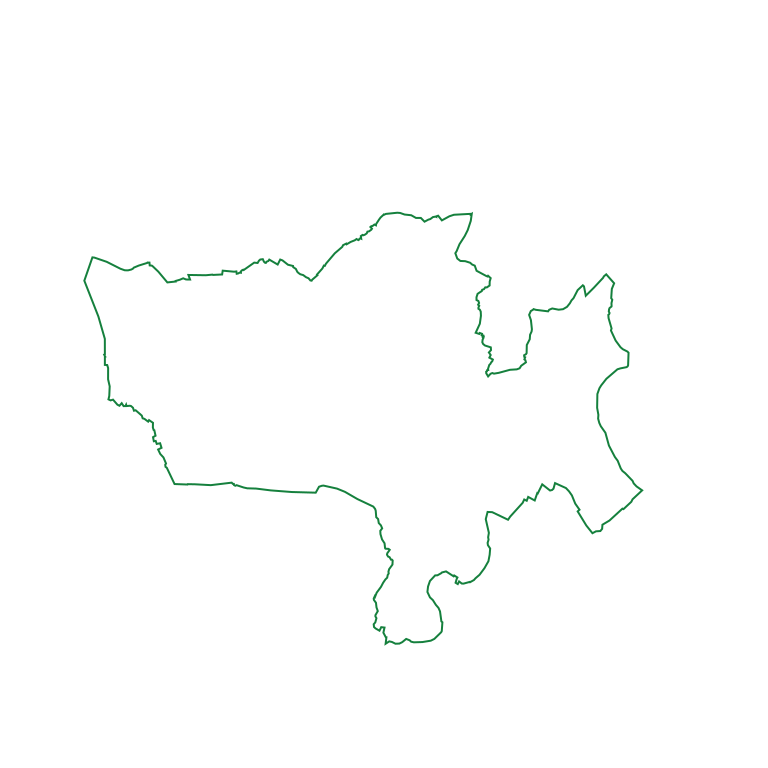 Oude IJsselstreek, Gelderland, Netherlands, rotated 242°
{"feature_id": "6326949B61856453224086", "entity_name": "Oude IJsselstreek", "entity_type": "district", "adm_level": 2, "iso_a3": "NLD", "parent_name": "Netherlands", "parent_adm1": "Gelderland", "projection": "orthographic", "projection_center": [6.392, 51.903], "detail": "fine", "context": "isolated", "style": "outline", "palette": "green", "viewbox_px": 768, "rotation_deg": 242, "n_neighbors": 0, "source": "geoboundaries", "source_scale": "gbopen_adm2", "svg_char_len": 6166}
<svg xmlns="http://www.w3.org/2000/svg" viewBox="0 0 768 768"><g transform="rotate(242 384 384)"><path d="M632.7,186.0L615.9,167.9L577.7,163.5L554.9,158.7L541.3,151.5L541.3,150.7L539.1,150.7L539.2,150.4L531.9,146.5L530.7,148.5L527.6,147.9L517.7,142.6L510.7,140.7L502.4,135.8L499.8,133.5L497.9,134.9L497.4,137.4L490.9,138.9L489.0,140.2L490.2,143.4L486.7,143.7L485.9,145.4L486.8,146.6L485.4,146.3L484.1,149.4L483.3,150.3L480.9,151.2L477.8,150.7L477.4,152.4L469.8,155.3L467.0,154.8L465.7,156.1L461.5,158.1L462.4,159.6L458.2,161.8L454.1,159.5L451.5,159.0L451.0,159.5L445.6,158.0L445.5,155.1L441.5,153.9L440.9,155.7L437.8,155.2L436.8,158.5L432.1,157.6L432.2,153.8L427.2,153.6L422.7,154.8L416.1,154.2L415.4,152.9L413.4,152.2L412.0,152.9L394.0,152.1L387.5,163.3L387.7,163.7L384.2,170.0L376.0,183.6L368.4,203.2L366.8,203.6L366.3,204.5L365.3,204.1L364.5,204.5L363.9,205.1L363.9,206.3L358.5,211.5L356.1,214.3L351.7,222.0L343.2,234.1L331.9,251.9L320.1,272.7L323.8,278.4L323.3,281.4L322.7,282.9L313.7,293.4L307.1,298.9L294.9,306.5L280.8,317.0L277.9,317.5L276.0,317.2L270.0,314.6L267.5,315.4L263.7,314.1L260.6,314.9L257.4,314.6L256.1,311.8L253.1,310.4L247.7,309.3L243.1,309.7L238.6,307.9L237.9,308.0L236.3,310.6L234.9,311.2L233.0,307.4L231.9,306.5L229.7,306.6L228.5,307.6L225.6,307.7L225.1,308.6L224.1,308.8L220.6,306.7L218.1,301.6L216.2,299.8L214.5,299.2L213.6,297.6L211.5,295.9L210.8,293.5L208.9,289.9L206.3,286.1L203.2,279.6L200.4,276.3L201.0,276.3L199.4,274.2L198.0,273.7L194.6,274.2L190.3,272.5L186.4,271.9L183.9,267.9L182.8,267.3L180.8,267.4L177.6,264.4L176.7,262.1L174.1,261.1L172.1,261.8L168.3,264.2L170.6,267.4L168.7,270.1L164.7,266.7L159.5,266.7L159.2,267.2L153.9,263.5L154.3,267.8L152.5,269.9L149.3,272.2L147.6,275.7L147.5,278.9L148.5,283.9L145.7,286.3L143.7,287.0L141.9,289.1L138.1,296.8L135.4,304.8L135.3,308.8L138.0,318.0L138.7,319.0L146.2,323.7L147.4,323.2L156.9,326.7L160.7,327.0L164.7,326.1L170.2,325.7L174.0,324.4L180.0,324.7L184.5,327.8L188.5,332.1L191.0,339.3L190.0,341.4L190.1,345.7L190.4,346.7L189.4,350.8L181.5,355.2L182.0,356.1L178.7,358.0L177.6,356.5L174.9,353.9L172.7,355.2L174.4,357.6L171.3,359.0L170.4,360.5L169.0,366.8L168.6,366.9L168.7,371.4L169.5,373.5L170.7,378.8L174.2,386.2L178.5,393.0L183.6,397.1L188.9,400.5L192.9,400.1L195.1,400.9L197.4,403.2L199.8,404.0L203.3,406.7L216.9,410.4L222.4,415.4L220.0,419.4L205.9,429.8L207.7,433.2L214.0,450.7L216.2,453.6L213.9,455.2L216.6,458.3L210.4,462.4L215.7,468.1L215.2,468.4L221.1,476.6L212.0,480.6L211.5,482.6L212.0,484.5L216.2,488.5L206.7,495.8L202.3,497.0L197.4,497.6L188.6,496.7L181.2,497.6L180.6,495.2L164.1,496.2L154.4,498.0L154.4,502.0L152.6,506.0L153.7,508.6L157.2,510.8L157.6,519.0L162.0,536.0L161.1,536.7L163.9,547.1L165.5,549.3L168.9,562.0L175.0,558.9L179.0,557.8L181.8,558.0L192.0,555.1L195.3,553.7L198.2,553.4L206.5,554.3L211.2,553.6L224.1,553.7L237.0,556.6L244.9,555.6L248.5,555.8L252.9,556.8L256.1,558.8L262.9,561.0L275.0,567.7L279.1,572.2L280.8,575.1L284.2,582.8L287.4,597.0L286.8,600.1L285.0,606.1L285.2,607.4L285.9,608.3L296.8,614.6L298.3,614.2L302.6,611.2L305.4,610.1L313.6,608.9L324.7,609.5L326.2,611.0L336.7,613.2L339.7,614.5L339.9,615.5L340.8,616.5L342.4,616.5L344.3,617.8L345.2,618.9L345.6,621.2L345.9,621.5L348.6,622.8L351.2,625.1L353.1,624.9L361.0,629.8L364.9,634.5L376.5,631.7L375.8,628.6L374.9,627.3L370.5,614.5L367.2,603.6L376.3,606.4L377.8,605.9L376.0,599.1L370.8,591.6L369.8,588.8L368.0,586.0L366.2,581.8L366.0,577.2L367.6,573.1L371.7,568.0L372.0,564.7L371.1,563.0L378.2,552.9L379.9,551.2L379.6,550.4L379.5,547.9L376.9,544.6L371.4,543.7L362.9,540.3L361.0,538.9L358.9,536.1L355.1,533.7L351.4,528.4L344.3,524.4L343.7,523.4L343.6,521.2L342.1,520.6L341.3,521.2L339.8,519.5L338.6,520.0L336.5,519.5L335.7,513.7L334.2,511.1L334.6,508.1L337.4,501.9L340.0,490.5L341.5,486.0L342.8,484.8L343.0,482.9L341.8,479.5L345.5,479.3L346.9,480.0L346.9,480.8L347.8,481.6L347.4,482.6L348.6,483.0L351.4,485.9L351.8,487.3L352.9,489.0L353.2,490.2L354.5,491.6L357.8,489.4L359.5,491.8L362.6,491.4L363.7,494.4L366.2,495.5L370.6,491.2L372.8,490.3L374.7,490.4L377.0,492.0L377.7,493.1L379.1,493.1L378.9,494.3L380.1,494.6L381.3,493.2L382.3,494.1L384.1,492.5L383.5,491.6L386.2,489.0L392.2,496.9L398.7,501.6L402.5,503.4L404.6,503.5L406.1,502.7L407.3,503.4L408.3,504.8L409.8,504.3L410.9,506.0L413.0,506.3L414.7,505.1L417.2,506.4L419.7,509.0L420.2,514.1L421.1,514.9L420.8,516.8L421.8,518.8L421.0,520.1L421.4,523.5L424.8,525.4L427.4,527.9L430.7,526.7L430.3,525.9L431.2,525.1L440.5,518.9L445.9,519.7L448.1,517.9L450.6,517.0L454.3,513.4L456.8,509.2L460.4,507.6L466.0,508.4L467.2,510.5L472.0,516.3L476.7,524.7L480.6,530.2L487.3,537.2L493.1,541.4L493.0,540.2L493.5,540.5L500.6,525.2L501.4,520.5L501.3,511.9L507.2,510.8L507.5,508.8L507.0,508.6L507.6,508.1L508.4,505.6L507.9,502.3L508.3,500.3L508.3,496.0L513.3,494.5L515.6,490.2L520.2,487.3L524.0,481.7L527.4,478.6L529.0,476.1L533.3,465.5L533.4,463.2L533.7,463.2L532.6,459.1L531.5,456.8L528.9,452.1L527.9,451.4L529.3,450.4L528.9,448.1L529.3,446.9L529.0,445.7L526.8,446.3L526.2,445.2L525.8,442.4L526.3,440.9L525.1,439.5L524.8,437.1L525.1,435.3L525.7,435.0L525.5,433.0L523.0,432.1L523.8,431.5L523.8,430.6L523.2,429.9L523.1,428.9L524.9,427.8L524.6,425.7L525.1,421.3L524.9,416.6L525.7,416.6L525.8,413.0L524.7,411.6L522.5,401.9L517.5,389.3L516.1,387.2L516.8,386.5L514.9,383.8L512.1,376.2L511.3,376.3L509.8,369.6L509.2,368.6L510.0,367.6L512.8,367.0L514.9,365.3L518.1,363.8L520.2,361.6L522.2,360.6L523.8,360.1L527.0,360.2L529.8,358.7L530.9,359.1L534.4,355.2L540.8,352.4L542.6,350.8L539.4,346.2L547.7,341.1L546.9,339.6L547.1,337.7L546.4,336.6L546.7,336.0L548.4,335.4L551.1,335.6L552.0,333.2L551.6,331.5L550.2,329.2L552.1,326.4L550.5,313.6L551.0,313.4L551.1,312.2L550.6,310.5L549.4,309.9L550.1,308.9L550.1,307.0L550.5,305.7L552.7,306.5L553.5,304.4L559.8,294.8L556.7,292.5L560.6,284.2L561.1,283.9L563.7,277.7L572.1,262.5L567.3,261.8L569.2,258.3L571.6,256.3L571.9,252.7L572.8,248.5L572.8,247.9L572.4,247.9L575.4,240.4L589.1,237.5L596.4,235.1L597.5,234.6L598.7,232.8L601.3,233.9L602.2,232.3L602.0,232.1L603.7,223.1L604.2,217.7L603.7,216.4L603.7,214.6L604.5,211.4L606.1,208.5L609.5,205.4L622.1,196.5L631.5,187.7L632.7,186.0Z" fill="none" stroke="#15803d" stroke-width="2"/></g></svg>